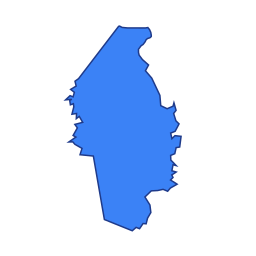 the district of San Patricio, Texas, United States of America, rotated 246°
{"feature_id": "52423323B23065911216534", "entity_name": "San Patricio", "entity_type": "district", "adm_level": 2, "iso_a3": "USA", "parent_name": "United States of America", "parent_adm1": "Texas", "projection": "equal_earth", "projection_center": [-97.499, 28.001], "detail": "fine", "context": "isolated", "style": "filled", "palette": "blue", "viewbox_px": 256, "rotation_deg": 246, "n_neighbors": 0, "source": "geoboundaries", "source_scale": "gbopen_adm2", "svg_char_len": 1261}
<svg xmlns="http://www.w3.org/2000/svg" viewBox="0 0 256 256"><g transform="rotate(246 128 128)"><path d="M58.8,129.7L57.7,135.1L54.1,138.5L55.9,142.3L56.7,150.0L63.2,145.7L64.5,149.0L67.3,148.9L68.2,154.1L71.1,150.7L76.1,154.2L74.1,156.7L81.3,154.1L85.6,155.8L85.5,160.3L90.5,164.0L89.6,167.5L98.8,173.1L101.9,167.8L100.4,163.8L106.0,164.9L105.8,169.7L111.0,176.3L115.1,174.7L122.7,175.6L124.6,179.1L132.3,180.2L129.6,178.0L129.7,171.6L135.1,167.0L144.8,170.4L163.9,170.0L173.2,167.2L177.2,172.4L184.7,169.0L190.0,167.8L192.7,168.3L195.7,169.6L197.8,173.4L198.2,175.8L199.8,178.7L201.3,180.5L201.8,182.3L201.6,184.0L201.6,185.3L202.2,186.5L203.3,187.0L206.1,187.7L209.2,187.7L211.7,187.0L212.3,184.6L219.7,168.1L222.3,163.5L224.5,161.8L224.7,160.8L193.2,102.9L192.3,98.6L187.4,97.7L186.6,91.3L182.4,93.5L178.8,90.5L181.1,88.2L179.1,82.4L177.1,88.3L177.0,86.0L172.6,84.8L172.4,88.0L169.4,87.1L163.4,82.4L162.2,86.9L157.6,84.6L158.4,88.2L151.6,88.9L152.9,80.9L148.7,81.8L143.5,74.8L140.9,76.7L139.3,68.3L137.8,71.9L134.6,72.9L128.1,77.7L123.1,73.3L116.5,84.9L116.3,84.9L54.0,69.2L32.4,90.1L33.9,95.0L31.3,97.6L34.6,102.9L33.1,105.6L37.7,109.2L41.5,114.5L48.7,116.7L58.1,115.4L61.1,123.7L58.8,129.7Z" fill="#3b82f6" stroke="#1e3a8a" stroke-width="1.5"/></g></svg>